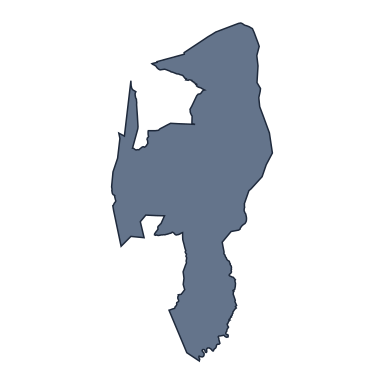 Santiago Tilantongo, Oaxaca, Mexico (orthographic projection)
{"feature_id": "50627088B21759146894755", "entity_name": "Santiago Tilantongo", "entity_type": "district", "adm_level": 2, "iso_a3": "MEX", "parent_name": "Mexico", "parent_adm1": "Oaxaca", "projection": "orthographic", "projection_center": [-97.358, 17.197], "detail": "fine", "context": "isolated", "style": "filled", "palette": "slate", "viewbox_px": 384, "rotation_deg": 0, "n_neighbors": 0, "source": "geoboundaries", "source_scale": "gbopen_adm2", "svg_char_len": 5934}
<svg xmlns="http://www.w3.org/2000/svg" viewBox="0 0 384 384"><path d="M130.9,80.7L124.4,136.1L118.8,133.1L119.9,138.5L117.6,158.2L113.0,171.9L111.8,184.6L111.6,187.0L111.9,188.3L112.0,190.0L111.8,190.7L112.1,191.9L112.2,192.9L112.5,193.6L112.9,194.3L113.5,194.9L114.3,195.2L114.8,195.7L114.6,196.4L114.8,197.2L115.1,198.4L115.4,199.6L115.8,201.0L115.3,202.0L114.3,203.2L113.2,205.5L112.8,205.7L113.6,210.5L121.1,246.3L130.9,236.4L144.1,237.7L140.3,221.7L145.8,215.1L156.3,215.6L164.5,215.8L161.0,223.6L160.2,224.2L159.6,225.0L158.9,225.6L158.2,226.3L157.8,227.1L157.9,227.8L157.9,228.5L158.0,229.3L157.2,230.2L156.8,230.9L156.1,231.6L155.7,232.3L155.1,233.1L154.6,233.9L154.5,234.8L155.4,235.3L156.5,235.0L158.1,235.5L159.6,235.3L161.3,234.9L162.5,234.9L163.5,234.7L165.1,234.8L166.0,234.4L167.0,234.3L167.7,234.0L168.4,233.9L169.2,233.5L170.9,233.2L171.7,232.5L172.3,232.2L173.5,232.7L174.5,233.7L174.9,234.3L176.1,235.0L176.7,234.9L177.5,234.7L178.3,234.6L179.4,234.2L180.4,233.7L181.2,233.1L182.6,232.6L182.6,235.4L182.7,238.4L182.8,239.8L183.4,242.1L184.1,244.7L184.8,247.8L185.4,249.6L185.8,250.7L185.3,251.4L185.2,252.1L185.6,253.0L186.0,253.6L186.5,254.0L186.3,255.2L185.9,256.2L186.6,257.4L186.6,258.9L186.3,260.1L186.1,261.1L186.4,262.0L186.4,263.2L185.8,264.3L183.1,271.8L184.0,278.3L183.8,279.7L183.2,284.4L184.7,289.7L181.2,294.3L178.2,294.8L178.4,295.9L177.9,296.6L177.8,297.3L177.8,298.0L177.9,298.7L178.5,299.9L178.7,301.1L178.3,301.7L177.6,302.1L176.8,302.6L176.6,303.6L176.8,304.4L176.3,305.6L175.8,306.1L175.2,306.6L174.9,307.6L174.6,308.4L173.7,308.6L173.0,308.8L172.1,309.1L170.9,309.6L169.0,310.2L186.8,352.7L199.3,361.0L199.4,360.3L199.7,359.6L199.6,358.9L198.9,357.5L198.9,356.4L199.1,356.1L200.8,356.8L202.5,356.9L203.5,356.3L204.1,355.0L204.1,353.5L203.4,352.4L202.3,351.2L202.1,350.3L202.7,349.6L203.6,349.5L204.4,349.7L205.1,350.8L205.1,351.5L205.5,352.2L206.1,352.5L206.5,352.3L206.8,351.7L206.7,350.4L206.6,349.4L207.1,348.4L207.7,348.0L209.2,347.9L210.7,348.9L211.7,349.7L212.0,350.4L212.9,351.0L213.4,350.9L213.7,350.0L214.4,348.9L215.3,348.3L215.8,347.8L216.1,347.1L216.4,346.1L216.4,345.5L216.8,344.8L217.4,344.3L219.0,344.2L219.9,343.4L219.3,341.0L218.9,339.7L218.8,338.1L218.3,337.3L218.2,336.8L218.3,336.5L219.0,336.0L219.9,336.0L220.9,335.8L222.1,335.6L223.4,335.3L224.0,335.3L224.7,336.1L225.2,336.6L225.9,337.0L226.8,337.3L228.1,336.9L228.2,335.9L228.1,335.1L227.7,334.6L226.9,334.5L226.2,334.2L225.8,333.6L225.8,332.9L226.0,332.3L226.8,331.3L226.9,329.9L227.6,328.3L228.4,327.6L228.5,327.0L228.1,326.5L227.6,325.9L227.6,325.1L227.2,324.6L227.3,323.7L228.1,323.0L228.3,322.0L229.1,321.0L228.9,320.3L230.0,320.0L229.3,319.2L230.1,318.5L230.8,316.7L231.4,316.9L231.4,315.9L232.1,315.3L232.3,313.9L232.9,313.3L232.9,312.0L233.8,310.7L234.7,309.4L235.4,308.7L236.3,308.0L235.4,306.6L236.6,305.5L235.7,303.3L234.9,301.6L235.3,300.3L233.2,294.2L233.4,292.1L233.9,291.3L233.2,291.2L233.0,290.8L233.5,290.6L233.4,290.1L234.7,289.4L235.3,286.4L235.5,283.3L234.8,280.7L235.4,279.8L233.3,277.3L231.8,276.9L230.7,276.3L229.7,275.9L229.2,275.5L229.2,274.9L229.5,274.3L229.9,274.0L230.9,273.1L231.0,272.8L231.3,272.3L231.5,271.9L231.3,271.3L231.1,270.4L231.5,269.5L231.3,268.8L231.4,268.4L231.5,267.6L231.4,266.8L231.2,266.0L230.6,265.3L230.3,264.7L230.1,264.4L230.3,263.9L230.2,263.6L229.8,263.1L229.6,262.7L229.5,262.1L229.3,261.4L228.9,261.0L228.5,260.8L227.9,260.5L227.5,260.1L226.8,259.4L226.7,259.0L226.2,257.7L225.8,257.3L225.4,256.6L224.8,254.8L224.5,254.5L224.2,254.2L224.0,253.7L223.8,253.2L224.1,252.2L222.9,246.1L222.2,242.2L231.1,231.5L238.7,230.1L240.1,229.1L240.2,228.3L240.7,227.5L241.2,226.8L241.7,226.1L242.6,225.2L243.9,224.2L245.0,223.5L245.9,222.0L246.3,221.0L246.4,220.3L246.5,219.1L246.5,218.1L246.4,217.1L245.9,214.8L245.6,213.7L245.0,213.0L244.6,211.9L244.2,211.0L244.1,209.8L244.3,208.8L244.3,208.1L244.5,207.6L244.7,207.1L244.4,206.3L244.4,205.9L244.5,204.7L244.3,203.9L248.9,190.7L251.1,188.8L262.1,176.7L266.2,164.8L272.4,153.0L269.4,132.9L263.4,116.5L259.7,106.7L258.8,97.6L260.2,91.3L260.5,88.5L257.0,82.6L258.0,65.9L256.8,55.6L259.2,46.4L258.1,43.1L254.1,32.4L252.4,28.6L250.6,27.6L249.3,26.8L248.1,26.3L246.5,25.7L244.9,25.3L243.7,24.6L242.5,23.7L240.8,23.0L238.5,23.4L215.8,32.0L212.0,34.4L209.6,35.8L207.6,37.0L204.2,39.3L195.0,45.4L190.9,48.1L186.1,51.3L184.1,52.6L184.3,54.2L157.0,61.6L157.2,62.3L152.8,63.4L151.9,63.7L152.6,64.3L154.1,65.0L155.9,66.1L157.0,67.7L158.5,69.1L160.1,69.9L161.9,69.6L164.6,69.2L166.3,69.7L167.7,70.3L169.9,71.1L171.1,71.9L172.7,72.2L174.2,72.8L175.9,73.5L177.0,73.9L178.6,74.0L179.9,74.6L181.1,74.9L182.7,75.4L183.9,76.9L185.0,78.3L186.3,78.8L185.7,79.9L188.3,80.3L189.0,79.8L189.6,79.8L190.0,79.9L191.1,80.2L191.4,80.4L191.9,80.4L192.0,80.7L192.0,81.0L192.2,81.3L192.4,81.5L192.7,81.6L193.1,81.7L193.4,81.9L193.7,81.9L193.9,82.1L194.1,82.7L194.3,82.8L194.5,82.8L194.8,82.9L195.1,83.4L195.5,83.7L195.5,84.1L195.6,84.3L195.9,84.3L196.4,84.0L196.6,84.1L196.6,84.3L196.5,84.7L196.8,84.9L196.8,85.2L196.6,85.6L196.5,85.8L197.4,86.6L198.8,87.3L200.7,87.8L202.1,88.7L203.4,89.4L204.6,90.0L203.3,90.3L202.2,91.4L201.2,92.9L200.2,93.8L198.1,94.2L196.7,95.8L191.8,106.1L190.0,109.3L190.2,110.6L190.2,112.0L190.8,113.7L191.4,115.0L192.1,116.1L191.9,123.5L195.1,124.4L188.2,124.1L177.8,123.7L170.6,123.3L167.2,125.0L163.5,127.0L160.0,128.8L158.5,130.3L155.2,130.7L148.3,130.7L148.1,131.6L148.1,133.2L148.1,134.3L148.3,135.4L148.6,136.3L148.1,137.3L147.3,138.1L147.0,139.5L147.6,140.7L147.8,143.6L147.0,144.5L146.4,145.7L144.6,147.2L143.3,146.7L142.2,147.0L141.0,148.0L140.4,148.4L139.9,148.9L138.9,149.8L138.1,149.7L137.1,149.7L136.1,150.0L135.0,149.5L133.8,148.5L133.2,148.2L132.5,148.2L137.3,130.7L137.8,128.8L138.0,126.7L137.4,116.1L136.6,104.8L136.7,102.5L136.5,100.9L136.4,99.1L135.7,98.0L135.3,96.1L135.1,94.5L135.2,93.2L135.9,91.7L133.2,90.1L132.5,89.5L131.7,88.2L131.1,85.4L130.9,80.7Z" fill="#64748b" stroke="#1e293b" stroke-width="1.5"/></svg>